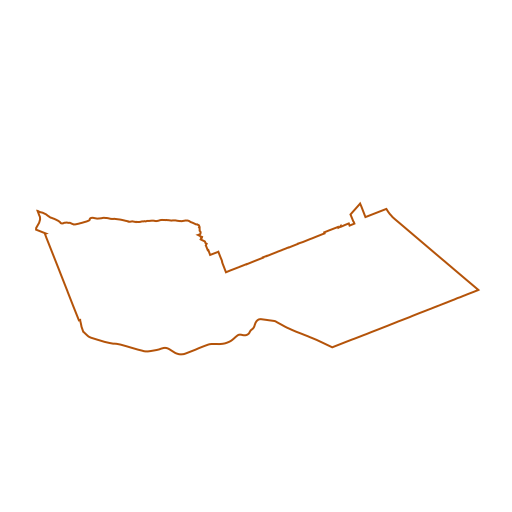 Marion, South Australia, Australia, rotated 72°
{"feature_id": "25037944B19747941889194", "entity_name": "Marion", "entity_type": "district", "adm_level": 2, "iso_a3": "AUS", "parent_name": "Australia", "parent_adm1": "South Australia", "projection": "albers", "projection_center": [138.529, -35.026], "detail": "fine", "context": "isolated", "style": "outline", "palette": "amber", "viewbox_px": 512, "rotation_deg": 72, "n_neighbors": 0, "source": "geoboundaries", "source_scale": "gbopen_adm2", "svg_char_len": 5992}
<svg xmlns="http://www.w3.org/2000/svg" viewBox="0 0 512 512"><g transform="rotate(72 256 256)"><path d="M209.2,300.8L208.7,301.2L208.4,301.6L208.3,301.8L207.9,302.0L207.7,302.2L207.5,303.0L207.3,303.4L206.3,304.4L204.9,305.9L204.0,307.0L203.6,307.6L202.7,308.3L202.1,308.8L201.4,309.7L201.1,310.2L200.5,311.9L199.9,316.0L199.5,316.9L199.1,318.0L198.1,320.1L197.2,321.7L196.8,322.9L196.6,323.5L196.5,324.0L196.4,324.3L196.3,324.9L196.3,325.2L196.1,325.6L195.8,326.3L195.4,327.1L194.6,328.8L194.4,329.5L194.0,330.2L193.9,331.0L193.5,331.9L193.1,333.2L192.7,334.0L192.3,335.9L192.3,337.9L192.1,339.5L191.8,340.5L191.5,341.2L191.0,342.0L190.6,342.9L190.1,344.6L189.7,346.5L189.0,348.8L189.0,350.2L188.9,350.5L188.5,351.1L188.4,351.4L188.4,352.1L187.9,353.6L187.8,354.6L187.8,355.3L187.6,356.4L187.2,357.8L186.7,358.9L186.6,359.2L186.7,359.6L186.3,360.1L186.1,360.7L185.7,361.3L185.3,362.1L185.0,362.6L184.8,363.0L184.5,365.2L184.3,365.9L183.9,366.8L183.6,366.8L182.5,368.6L182.1,369.4L181.6,370.1L181.2,370.8L180.7,371.6L179.7,373.3L179.3,374.1L178.9,374.9L178.5,375.8L177.6,377.7L177.2,378.6L176.8,379.3L176.7,380.2L176.4,381.0L176.1,381.9L175.7,382.8L174.6,384.6L174.1,385.5L173.7,386.3L173.4,387.2L172.7,388.8L172.5,389.6L172.4,390.5L172.3,391.5L172.1,392.3L172.0,392.9L171.8,393.7L171.6,394.6L171.4,395.4L171.0,396.2L170.6,396.9L170.2,397.7L169.7,398.5L169.3,399.3L169.0,400.2L168.9,401.1L168.9,401.7L169.0,401.9L169.1,402.2L169.4,402.6L169.8,402.8L170.2,403.0L170.5,403.6L170.7,404.4L170.7,405.2L170.8,406.0L170.8,407.0L170.7,409.2L170.7,410.3L170.6,412.3L170.5,413.2L170.5,414.3L170.4,415.3L170.1,418.2L169.9,418.8L169.7,419.6L169.3,420.0L168.8,420.7L167.6,422.0L167.1,422.5L166.8,423.1L166.6,424.0L166.2,424.8L165.7,425.6L165.5,426.5L165.4,427.2L165.2,427.9L165.2,428.6L165.3,429.2L165.3,429.7L165.1,430.4L164.8,431.0L164.4,431.5L163.9,431.7L163.3,431.9L162.7,432.3L162.1,432.7L161.4,433.2L160.8,433.9L160.2,434.4L159.0,435.7L158.4,436.3L157.9,437.0L156.9,438.2L156.4,438.8L156.0,439.5L155.4,440.0L155.0,440.4L154.6,440.6L154.1,440.9L153.5,441.5L152.9,441.9L152.1,442.4L151.4,442.9L150.1,444.3L149.4,445.0L148.8,445.7L148.3,446.5L148.0,447.1L147.5,447.8L147.0,448.4L146.4,449.0L145.7,449.6L145.6,449.8L147.3,449.7L150.2,449.6L151.0,449.5L152.0,449.4L152.5,449.5L152.9,449.6L153.3,449.7L154.0,449.9L154.6,450.1L157.4,452.0L159.3,454.1L161.4,456.4L163.0,457.0L169.7,448.9L169.7,449.9L171.8,449.8L174.5,449.7L175.7,449.6L198.3,448.2L206.3,447.7L215.0,447.2L231.3,446.2L231.9,446.2L247.1,445.3L262.5,444.3L262.5,443.0L263.4,443.2L264.8,443.3L265.9,443.4L268.6,443.7L269.1,443.8L269.6,443.8L274.7,443.7L275.0,443.4L275.8,443.0L278.0,441.8L279.8,440.8L280.9,440.1L281.6,439.4L282.7,438.2L286.8,432.4L287.9,430.8L290.9,426.5L293.4,422.3L295.2,419.0L295.6,417.8L296.4,415.8L298.4,412.2L302.0,406.8L304.0,403.9L308.5,397.3L310.8,393.6L311.9,392.0L312.7,390.3L313.1,389.0L313.3,388.5L313.8,385.8L314.4,381.7L314.6,380.2L314.7,379.5L314.9,377.0L314.8,374.7L314.9,373.1L314.9,372.5L315.2,371.0L315.9,369.5L316.8,368.3L317.9,367.2L319.5,365.9L323.2,362.8L324.0,361.9L324.8,360.8L325.6,359.6L326.1,358.5L326.5,357.2L326.8,355.9L326.9,355.5L326.9,355.3L327.0,354.8L327.0,353.2L326.4,342.6L326.0,338.9L325.7,333.9L325.6,331.6L325.5,328.6L325.6,327.3L325.9,325.7L327.1,322.0L328.6,317.5L329.2,314.8L329.5,312.6L329.5,310.5L329.3,307.9L329.0,306.2L328.5,304.6L327.7,302.6L326.7,300.4L325.9,298.3L325.6,297.1L325.8,295.6L326.3,294.4L327.4,292.6L328.1,290.7L328.2,289.5L328.1,288.4L327.7,287.1L327.1,286.2L326.0,285.1L325.1,284.0L324.1,281.4L323.3,280.2L322.2,279.2L320.9,278.3L319.3,277.0L318.2,275.7L317.5,274.3L317.2,273.0L317.3,272.1L317.4,271.4L317.7,270.6L318.9,268.1L320.0,265.8L321.3,263.2L321.9,261.9L323.5,258.6L324.1,257.7L325.6,256.4L327.4,254.7L329.4,252.8L332.1,250.3L332.6,249.8L333.9,248.5L335.4,246.8L337.7,244.3L340.5,241.1L344.2,236.5L345.8,234.6L348.5,231.3L349.7,230.0L351.0,228.4L354.5,224.3L359.1,219.4L366.4,211.7L365.8,201.8L365.5,197.1L365.1,189.9L365.1,188.7L364.7,181.2L364.5,178.0L364.4,175.4L364.3,173.9L364.0,169.9L363.6,162.3L363.3,157.4L363.0,152.1L362.7,148.1L362.7,147.8L362.5,144.8L362.3,142.0L362.2,140.9L362.1,138.3L361.6,128.6L361.5,127.6L361.3,125.6L361.0,121.0L360.8,118.0L360.6,113.8L358.7,82.0L358.7,81.2L358.3,77.4L358.3,74.4L358.0,71.1L357.9,68.8L357.8,67.9L357.6,64.6L357.4,60.4L357.2,57.7L357.1,55.6L357.0,55.0L343.3,63.5L321.6,76.9L318.8,78.6L318.7,78.7L309.5,84.4L271.5,107.8L264.1,112.4L261.9,113.7L260.8,114.3L259.7,114.7L257.3,115.8L254.6,116.7L251.8,117.4L251.5,117.5L252.5,134.6L252.7,137.9L252.7,138.1L252.8,139.9L241.5,140.5L238.3,140.8L238.7,141.4L239.0,141.9L240.3,144.1L241.7,146.5L242.3,147.5L243.1,148.9L245.7,153.3L251.1,152.9L252.8,152.8L253.9,152.5L255.6,152.4L255.8,154.9L255.8,155.3L256.0,157.6L253.7,157.7L254.0,162.0L254.3,164.7L254.3,164.9L254.4,166.0L253.5,166.0L254.1,167.0L254.3,167.4L254.6,169.0L253.7,169.0L253.9,171.8L253.9,172.2L254.2,177.7L254.2,178.1L254.6,183.8L255.7,183.8L255.8,186.2L256.0,189.1L256.2,192.3L256.5,196.3L256.6,197.8L256.6,198.9L257.2,207.1L257.2,212.1L257.4,212.1L257.5,212.9L257.5,213.4L257.7,216.4L257.8,218.1L258.1,222.2L257.9,222.3L258.0,224.6L258.1,225.0L258.3,229.2L258.4,229.6L258.6,234.3L258.7,234.9L259.1,241.4L259.2,242.5L259.4,245.8L259.2,245.8L259.3,247.1L259.4,249.8L259.8,249.8L260.3,257.9L260.5,260.8L261.0,267.5L260.8,267.5L261.6,280.7L261.8,284.9L262.2,289.6L258.4,289.8L254.6,290.0L252.9,290.1L251.0,290.1L250.7,289.9L249.4,289.9L245.7,290.2L240.3,290.5L240.4,291.1L240.7,297.1L240.8,299.3L235.6,299.5L235.6,300.1L230.8,300.4L230.5,300.5L229.1,299.2L228.3,300.0L226.5,300.1L226.3,300.3L226.0,300.5L224.2,302.4L223.1,303.5L222.1,302.5L222.3,302.3L221.9,301.9L221.6,302.1L221.1,301.5L220.8,301.8L220.7,302.1L220.6,302.3L220.6,302.7L220.3,302.8L219.9,302.9L219.7,303.0L218.1,304.6L218.1,304.0L218.0,302.5L217.7,302.0L217.3,301.8L216.5,301.4L216.0,301.3L215.6,301.4L214.5,301.8L212.8,301.2L212.1,301.1L211.2,301.3L211.0,300.7L209.2,300.8Z" fill="none" stroke="#b45309" stroke-width="2"/></g></svg>